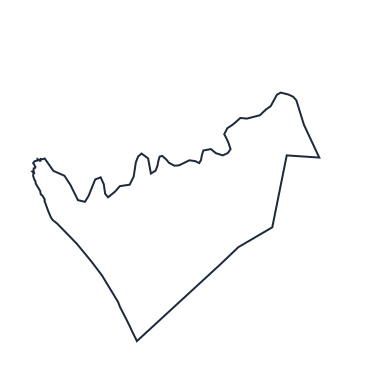 outline of La Paz, Colonia, Uruguay, rotated 61°
{"feature_id": "84410073B4757199260074", "entity_name": "La Paz", "entity_type": "district", "adm_level": 2, "iso_a3": "URY", "parent_name": "Uruguay", "parent_adm1": "Colonia", "projection": "natural_earth1", "projection_center": [-57.32, -34.388], "detail": "fine", "context": "isolated", "style": "outline", "palette": "slate", "viewbox_px": 384, "rotation_deg": 61, "n_neighbors": 0, "source": "geoboundaries", "source_scale": "gbopen_adm2", "svg_char_len": 1603}
<svg xmlns="http://www.w3.org/2000/svg" viewBox="0 0 384 384"><g transform="rotate(61 192 192)"><path d="M223.6,64.0L187.4,61.5L162.5,56.3L157.8,57.3L153.5,60.4L148.1,66.2L148.1,70.6L155.1,81.6L155.7,87.4L157.8,95.4L154.4,108.4L150.7,113.8L152.2,120.4L153.0,125.0L153.3,130.1L157.1,135.8L160.4,135.8L166.3,136.2L173.2,137.5L175.3,141.7L174.9,147.3L169.6,152.3L163.6,154.7L161.2,162.0L164.7,165.6L168.4,168.6L170.2,171.7L166.6,174.2L163.0,178.9L162.4,190.5L160.4,194.7L155.2,198.0L150.8,198.8L145.9,200.6L145.4,203.2L148.0,205.9L152.2,209.4L155.7,213.5L155.9,219.0L151.8,217.6L141.3,214.1L133.9,217.5L134.9,222.0L138.8,226.7L150.3,235.6L155.4,243.0L151.9,252.2L154.4,259.3L155.9,268.0L151.4,268.8L142.4,265.4L134.9,264.8L134.1,270.6L138.6,276.2L145.1,284.1L148.7,290.4L143.8,295.7L126.6,294.9L115.9,295.7L106.3,303.0L91.3,304.6L91.0,306.4L90.2,308.0L89.7,308.2L89.8,308.8L90.4,309.0L91.2,309.3L91.1,309.9L89.6,310.5L88.3,311.2L89.2,311.8L89.5,312.1L89.1,313.4L88.8,314.9L89.7,316.9L91.9,316.7L94.1,316.9L94.7,317.2L94.7,318.2L94.7,319.1L96.8,320.4L96.6,321.8L97.7,321.5L97.7,320.6L98.9,320.9L98.6,321.5L100.8,323.1L104.7,323.9L106.4,323.7L109.1,324.6L117.6,324.3L119.8,325.1L120.8,325.4L121.5,325.1L122.6,324.5L127.4,324.5L128.2,325.3L138.9,327.0L144.5,327.6L146.2,327.7L148.9,327.4L154.7,325.1L181.6,317.8L193.0,315.7L201.5,314.1L206.6,313.3L213.5,312.3L221.2,311.2L243.9,310.3L252.4,310.0L257.4,310.7L272.8,311.2L280.6,311.6L286.2,312.0L288.2,312.1L291.0,312.2L293.0,312.3L295.7,312.5L268.8,201.4L262.7,178.1L261.8,138.9L205.9,91.4L223.6,64.0Z" fill="none" stroke="#1e293b" stroke-width="2"/></g></svg>